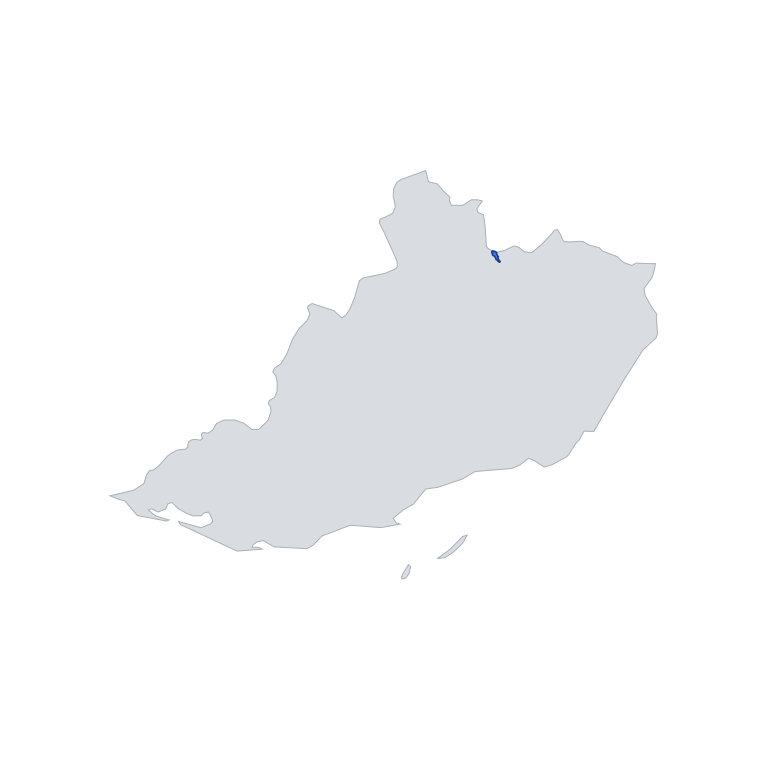 Mercedes de Oriente, La Paz, Honduras shown in context, rotated 163°
{"feature_id": "27666195B10683229568553", "entity_name": "Mercedes de Oriente", "entity_type": "district", "adm_level": 2, "iso_a3": "HND", "parent_name": "Honduras", "parent_adm1": "La Paz", "projection": "robinson", "projection_center": [-87.785, 13.926], "detail": "fine", "context": "in_parent", "style": "filled", "palette": "blue", "viewbox_px": 768, "rotation_deg": 163, "n_neighbors": 0, "source": "geoboundaries", "source_scale": "gbopen_adm2", "svg_char_len": 4431}
<svg xmlns="http://www.w3.org/2000/svg" viewBox="0 0 768 768"><g transform="rotate(163 384 384)"><path d="M678.7,357.2L654.2,355.6L642.7,359.0L637.7,366.5L633.3,369.9L629.7,369.1L622.4,372.1L611.4,378.8L601.4,381.3L592.5,379.7L589.9,381.4L589.2,383.6L587.9,385.7L584.5,386.8L580.5,386.2L576.1,383.9L573.7,384.9L573.5,389.3L571.1,390.4L566.5,388.4L561.4,390.0L555.7,395.2L547.7,396.3L537.4,393.3L529.5,387.6L523.8,379.2L517.0,377.1L505.2,383.4L500.3,390.6L499.2,395.1L500.4,399.1L498.2,401.8L492.7,403.1L488.5,408.0L485.7,416.6L485.1,423.2L486.8,427.8L484.1,431.2L476.9,433.4L468.4,440.8L458.6,453.3L448.9,462.0L439.2,467.0L434.5,472.5L434.8,478.5L434.3,480.4L432.4,481.1L429.2,482.0L410.5,468.8L405.1,459.6L400.4,461.0L394.6,465.7L386.3,476.0L377.4,490.0L373.1,491.6L350.9,489.5L339.2,490.8L336.8,492.6L335.7,497.8L336.4,504.7L339.6,529.4L341.4,539.6L339.7,542.8L333.7,543.3L326.0,544.7L321.7,549.4L320.7,554.2L320.3,560.9L317.8,567.8L313.1,572.8L308.3,574.6L281.8,575.9L282.3,564.5L274.6,559.8L270.3,550.3L266.5,543.8L267.8,539.9L267.4,535.3L256.6,531.8L246.5,534.6L240.7,532.8L236.5,530.3L243.8,524.7L244.3,521.2L241.9,518.7L239.5,517.0L240.3,510.6L241.7,503.1L245.9,485.4L244.3,482.3L237.6,477.0L229.1,476.5L219.6,478.1L215.1,475.4L211.1,469.4L204.4,466.4L192.5,471.3L179.9,478.6L176.1,481.3L172.9,480.9L171.5,475.4L170.8,469.0L170.1,467.4L163.3,465.1L155.5,463.4L151.5,461.6L147.7,457.2L138.4,451.5L136.3,447.3L123.7,437.6L121.2,432.8L118.3,429.3L112.3,424.9L107.6,425.9L91.7,420.4L89.3,419.9L91.5,415.0L96.5,407.5L107.5,399.2L108.4,392.4L105.6,379.4L102.7,371.0L104.3,367.3L107.7,352.2L110.3,348.6L126.1,341.0L127.6,339.9L140.0,329.2L153.9,317.3L168.2,304.2L184.2,289.6L193.1,281.0L197.2,277.3L206.4,280.4L213.7,273.4L217.9,271.1L227.7,262.8L230.7,261.0L247.1,257.6L255.0,257.7L262.0,266.1L267.5,270.7L277.9,266.7L286.6,265.9L322.5,273.7L336.7,270.2L362.9,269.5L374.7,271.4L391.3,260.4L402.0,258.1L414.5,253.0L412.8,247.6L409.8,245.3L429.0,247.6L457.5,258.8L487.8,256.8L498.7,250.7L505.8,249.0L536.9,260.5L545.1,269.4L551.5,270.3L556.5,268.2L557.8,266.4L551.7,264.5L548.9,261.7L573.4,267.2L619.7,309.0L620.7,312.5L601.0,300.1L590.5,301.0L587.8,303.0L588.4,309.8L589.4,312.9L593.9,313.3L597.2,311.5L605.3,313.7L610.8,318.2L617.3,325.1L621.3,332.6L625.5,332.7L629.6,328.2L637.5,327.6L642.6,332.7L646.2,332.4L641.1,324.6L629.2,316.8L632.0,316.5L658.4,330.4L666.0,347.9L672.2,351.9L678.7,357.2ZM368.6,206.8L353.4,215.3L348.6,215.1L355.6,208.6L366.8,202.9L376.3,200.2L384.2,201.4L368.6,206.8ZM420.6,197.8L413.4,204.1L412.1,201.2L415.5,195.4L419.9,192.1L424.1,192.4L423.1,194.9L420.6,197.8Z" fill="#d9dde1" stroke="#a8b0b8" stroke-width="1"/><path d="M237.1,467.4L237.1,467.5L237.3,467.8L237.5,467.9L237.6,468.0L237.8,468.3L237.9,468.6L237.9,468.8L237.9,469.0L238.0,469.0L238.2,469.3L238.2,469.5L238.1,469.8L238.1,470.0L238.0,470.4L238.0,470.5L238.0,470.8L238.1,471.0L238.1,471.3L238.0,471.5L238.0,471.9L237.9,471.9L237.8,472.0L237.6,472.2L237.6,472.3L237.4,472.4L237.9,473.3L237.9,473.6L237.8,473.8L237.9,474.0L238.0,474.0L238.1,474.5L238.2,474.8L238.2,475.0L238.2,475.4L238.3,475.4L238.3,475.5L238.3,475.8L238.3,476.0L238.2,476.0L237.9,476.3L237.8,476.5L237.8,476.8L237.9,477.0L238.0,477.0L238.2,477.3L238.3,477.3L238.7,477.5L238.9,477.7L239.0,477.8L239.1,478.0L239.3,478.2L239.2,478.3L239.3,478.4L239.3,478.5L239.5,478.5L239.8,478.7L240.0,478.7L240.1,478.8L240.3,478.8L240.4,478.7L240.5,478.7L240.6,478.8L240.8,478.9L240.8,479.0L240.9,479.3L241.0,479.3L241.3,479.4L241.4,479.6L241.5,479.6L241.5,479.4L241.7,479.2L241.8,479.2L242.0,479.0L242.2,478.9L242.3,478.8L242.4,478.7L242.5,478.6L242.5,477.2L242.3,477.2L242.2,477.2L242.0,476.9L242.1,476.5L242.2,476.3L242.2,476.2L242.3,476.1L242.3,475.9L242.4,475.7L242.3,475.3L242.2,475.0L242.1,474.9L242.0,474.7L241.9,474.6L241.6,474.5L241.4,474.3L241.2,474.2L240.9,473.9L240.9,473.7L240.9,473.3L240.9,473.2L240.8,472.9L240.7,472.8L240.7,472.7L240.6,472.3L240.5,472.2L240.5,471.9L240.4,471.8L240.4,471.7L240.4,471.4L240.4,471.2L240.5,471.1L240.5,470.9L240.5,470.7L240.4,470.6L240.3,470.4L240.3,470.2L240.2,470.2L239.9,470.0L239.9,469.9L239.7,469.7L239.6,469.4L239.5,469.1L239.4,469.0L239.4,468.8L239.3,468.6L239.2,468.4L239.2,468.2L239.1,467.9L239.0,467.7L238.9,467.6L238.7,467.5L238.6,467.4L238.4,467.2L238.2,467.0L238.0,466.9L237.9,466.9L237.8,466.7L237.7,466.7L237.4,466.8L237.2,466.9L237.2,467.1L237.1,467.3L237.1,467.4Z" fill="#3b82f6" stroke="#1e3a8a" stroke-width="1.5"/></g></svg>